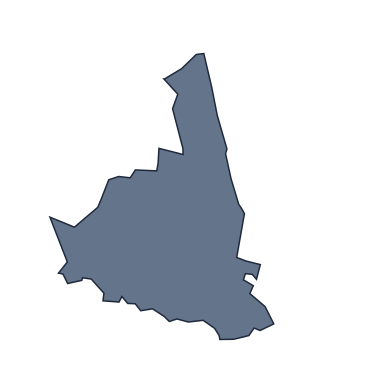 outline of Sumter, South Carolina, United States of America, rotated 291°
{"feature_id": "52423323B67044193776379", "entity_name": "Sumter", "entity_type": "district", "adm_level": 2, "iso_a3": "USA", "parent_name": "United States of America", "parent_adm1": "South Carolina", "projection": "equal_earth", "projection_center": [-80.399, 33.906], "detail": "fine", "context": "isolated", "style": "filled", "palette": "slate", "viewbox_px": 384, "rotation_deg": 291, "n_neighbors": 0, "source": "geoboundaries", "source_scale": "gbopen_adm2", "svg_char_len": 955}
<svg xmlns="http://www.w3.org/2000/svg" viewBox="0 0 384 384"><g transform="rotate(291 192 192)"><path d="M69.2,100.9L62.0,108.7L70.0,120.8L72.7,120.5L74.6,129.2L66.0,146.0L58.5,147.9L63.1,163.3L69.3,164.0L64.9,171.9L67.3,179.0L62.8,186.7L68.8,197.0L65.9,210.5L63.0,217.2L68.1,223.5L69.3,235.2L76.2,248.4L72.8,262.0L67.7,268.8L64.3,270.8L69.4,283.6L78.4,296.6L87.2,298.7L87.1,305.2L98.2,315.6L111.2,301.3L117.9,282.4L126.5,282.8L128.4,271.5L134.9,271.1L136.7,277.8L133.6,283.5L148.7,281.8L146.9,267.0L146.9,257.2L190.6,248.7L194.6,243.9L197.2,240.1L218.5,223.6L239.8,209.6L244.7,209.2L272.6,188.1L296.8,172.9L325.5,153.4L321.9,146.7L303.4,138.1L292.9,129.9L287.8,126.0L287.5,125.2L278.2,143.7L262.8,144.0L229.4,167.9L223.8,170.3L220.9,145.5L206.8,150.0L199.1,151.5L192.3,131.2L183.1,129.2L180.2,118.0L173.6,109.9L153.4,109.8L143.9,109.5L117.0,94.8L117.6,68.4L82.0,100.7L68.4,96.4L69.2,100.9Z" fill="#64748b" stroke="#1e293b" stroke-width="1.5"/></g></svg>